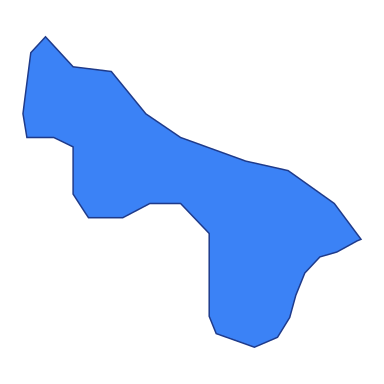 Kisela Voda, Robinson projection
{"feature_id": "MKD-2938", "entity_name": "Kisela Voda", "entity_type": "Municipality", "adm_level": 1, "iso_a3": "MKD", "parent_name": "North Macedonia", "parent_adm1": "", "projection": "robinson", "projection_center": [21.474, 41.931], "detail": "fine", "context": "isolated", "style": "filled", "palette": "blue", "viewbox_px": 384, "rotation_deg": 0, "n_neighbors": 0, "source": "natural_earth", "source_scale": "10m", "svg_char_len": 557}
<svg xmlns="http://www.w3.org/2000/svg" viewBox="0 0 384 384"><path d="M85.6,213.4L73.1,194.1L73.1,165.9L73.1,146.9L53.8,137.5L26.9,137.5L23.0,113.9L23.0,113.5L24.6,100.7L30.8,52.7L45.5,36.8L73.1,66.8L111.3,71.5L145.9,113.9L180.6,137.5L245.7,161.1L288.1,170.6L334.3,203.5L361.0,239.3L357.1,240.9L336.9,252.0L319.9,256.9L304.8,273.0L295.8,295.3L289.7,317.5L277.5,337.3L254.4,347.2L216.2,333.6L209.2,316.3L209.2,277.9L209.2,233.5L180.6,203.5L149.8,203.5L122.8,217.7L96.2,217.7L88.5,217.7L85.6,213.4Z" fill="#3b82f6" stroke="#1e3a8a" stroke-width="1.5"/></svg>